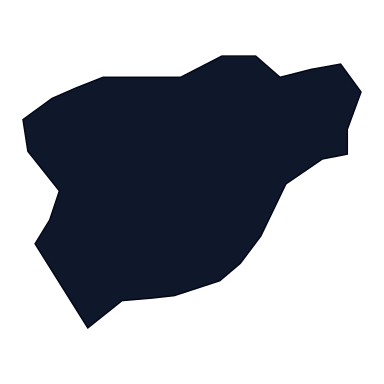 outline of Kaliana, Nicosia, Cyprus
{"feature_id": "46923920B95377363284584", "entity_name": "Kaliana", "entity_type": "district", "adm_level": 2, "iso_a3": "CYP", "parent_name": "Cyprus", "parent_adm1": "Nicosia", "projection": "equal_earth", "projection_center": [32.874, 35.003], "detail": "fine", "context": "isolated", "style": "filled", "palette": "ink", "viewbox_px": 384, "rotation_deg": 0, "n_neighbors": 0, "source": "geoboundaries", "source_scale": "gbopen_adm2", "svg_char_len": 448}
<svg xmlns="http://www.w3.org/2000/svg" viewBox="0 0 384 384"><path d="M361.0,92.0L340.6,64.1L311.5,69.3L280.0,77.3L255.7,56.1L221.8,56.1L180.6,77.3L146.7,77.3L103.0,77.3L76.4,87.8L52.1,98.4L23.0,119.6L27.9,151.3L59.4,190.9L49.7,220.0L35.1,243.8L87.8,327.9L122.0,300.6L151.6,298.1L174.3,295.6L219.8,280.7L240.3,263.3L260.8,236.0L285.9,183.9L322.3,159.0L347.3,154.1L347.3,129.3L361.0,92.0Z" fill="#0f172a" stroke="#020617" stroke-width="1.5"/></svg>